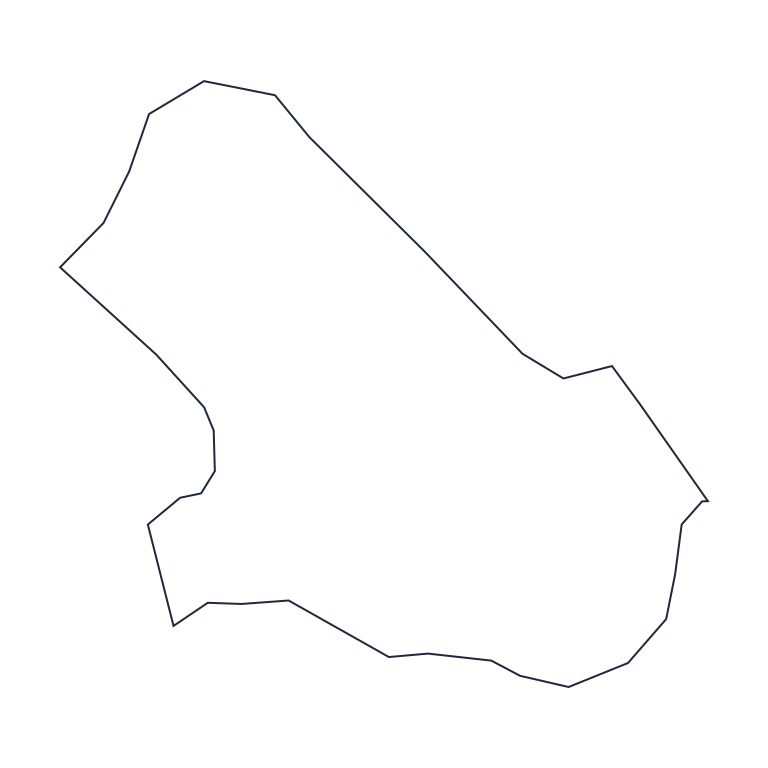 the district of Dalseo-gu, Daegu, South Korea, rotated 182°
{"feature_id": "91817680B1574399427608", "entity_name": "Dalseo-gu", "entity_type": "district", "adm_level": 2, "iso_a3": "KOR", "parent_name": "South Korea", "parent_adm1": "Daegu", "projection": "robinson", "projection_center": [128.53, 35.815], "detail": "fine", "context": "isolated", "style": "outline", "palette": "slate", "viewbox_px": 768, "rotation_deg": 182, "n_neighbors": 0, "source": "geoboundaries", "source_scale": "gbopen_adm2", "svg_char_len": 579}
<svg xmlns="http://www.w3.org/2000/svg" viewBox="0 0 768 768"><g transform="rotate(182 384 384)"><path d="M711.8,489.3L612.5,405.3L563.0,354.5L552.6,331.7L550.0,291.1L563.0,268.3L583.8,263.2L615.1,235.3L585.9,134.9L552.5,159.2L518.7,159.2L471.8,164.3L369.6,111.3L330.6,116.1L267.1,111.3L237.8,97.1L189.0,87.6L130.4,113.7L93.8,158.9L86.4,204.1L81.6,254.0L62.0,277.8L56.2,278.2L127.4,372.6L156.8,409.9L204.9,395.8L246.6,419.0L348.0,517.8L467.2,628.1L503.0,668.8L574.5,680.4L628.2,645.6L646.1,587.5L669.9,535.2L711.8,489.3Z" fill="none" stroke="#1e293b" stroke-width="2"/></g></svg>